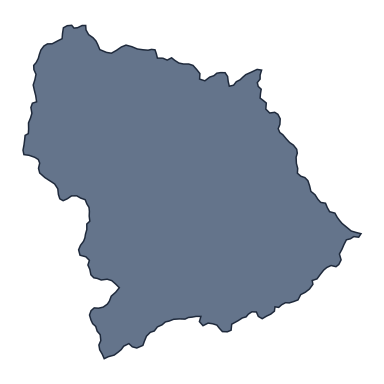 Lagoa Dourada, Minas Gerais, Brazil (orthographic projection)
{"feature_id": "56859067B55237530042730", "entity_name": "Lagoa Dourada", "entity_type": "district", "adm_level": 2, "iso_a3": "BRA", "parent_name": "Brazil", "parent_adm1": "Minas Gerais", "projection": "orthographic", "projection_center": [-44.076, -20.895], "detail": "fine", "context": "isolated", "style": "filled", "palette": "slate", "viewbox_px": 384, "rotation_deg": 0, "n_neighbors": 0, "source": "geoboundaries", "source_scale": "gbopen_adm2", "svg_char_len": 3143}
<svg xmlns="http://www.w3.org/2000/svg" viewBox="0 0 384 384"><path d="M361.0,233.7L355.9,232.4L351.2,231.0L347.0,227.5L342.0,223.4L339.5,220.4L337.2,217.3L334.9,213.1L329.6,211.7L327.3,207.6L325.5,203.2L320.7,202.4L317.9,199.3L315.0,194.7L310.9,191.4L309.6,185.8L307.9,180.7L304.9,177.6L300.8,176.2L297.4,173.2L297.7,168.4L296.4,163.5L296.1,157.2L297.3,153.2L296.7,149.3L293.4,145.1L289.6,142.5L286.2,138.8L282.8,134.7L279.8,132.5L278.2,128.7L279.9,124.4L280.2,118.8L277.9,114.3L274.7,112.3L269.7,113.0L265.8,109.1L266.3,103.0L263.5,100.7L260.1,98.1L260.5,93.5L261.2,89.2L258.2,86.4L257.3,82.6L260.1,79.1L260.1,75.0L261.6,70.1L257.1,69.4L251.2,72.2L245.8,74.6L242.9,77.1L240.1,79.8L236.3,81.7L233.6,85.2L229.3,86.2L228.2,81.5L227.6,76.5L225.1,72.7L220.6,72.6L216.8,73.2L213.9,75.7L209.7,77.1L204.9,80.8L199.6,79.1L199.9,73.6L196.6,69.4L193.0,65.4L188.7,64.0L183.4,64.0L178.8,63.0L174.8,60.4L171.6,57.8L167.2,60.1L162.9,58.2L157.4,58.1L156.3,53.6L155.0,49.8L151.5,49.4L148.1,50.2L143.3,49.8L137.4,49.0L131.9,46.7L126.0,45.1L121.3,47.0L116.4,50.4L111.4,53.2L106.5,52.4L99.8,49.6L97.6,44.3L95.9,40.9L93.1,37.8L88.6,34.6L86.0,29.9L85.7,25.5L82.1,25.5L77.6,27.7L74.0,28.1L71.7,25.3L67.2,25.7L63.4,27.8L62.5,33.6L62.1,38.7L58.0,40.7L52.1,43.8L47.4,43.9L43.9,46.0L40.9,50.0L39.4,54.3L38.3,58.4L36.2,62.5L33.7,65.4L33.9,69.6L36.0,74.3L34.9,79.7L33.2,85.0L34.3,90.1L35.7,95.6L36.6,101.8L32.4,103.2L30.9,107.5L31.9,113.3L30.5,118.0L28.5,122.9L28.6,129.2L28.3,133.6L25.1,135.4L24.7,139.3L24.0,144.8L23.0,150.2L23.9,154.6L29.0,155.3L34.7,157.3L38.3,159.5L39.7,163.1L38.5,168.3L39.7,173.0L44.9,177.6L50.0,180.9L54.6,183.9L57.8,188.8L58.4,194.5L59.8,198.8L63.1,200.7L67.3,198.8L71.5,195.9L76.7,195.8L80.7,198.1L85.2,199.7L86.9,204.0L89.0,207.4L89.4,211.3L89.2,216.1L89.8,221.2L86.8,224.0L86.8,229.6L85.5,234.1L84.9,237.8L83.6,241.2L80.5,245.3L78.6,249.8L80.0,255.2L85.9,256.8L89.4,260.4L87.9,265.0L89.8,269.3L90.9,274.8L93.8,277.8L97.2,278.4L101.2,280.0L107.2,279.2L111.7,280.6L115.5,283.9L119.3,287.7L115.7,292.2L111.2,296.2L109.4,301.1L107.4,304.1L103.2,307.1L98.5,308.2L94.2,307.9L91.1,310.6L89.5,315.0L91.0,320.1L92.7,323.7L95.7,326.4L97.2,331.2L100.2,334.7L100.8,340.6L98.9,345.0L99.7,349.8L102.3,354.3L104.2,358.7L108.3,356.7L114.2,355.1L118.1,352.2L121.2,349.6L123.7,346.2L128.9,343.6L132.3,346.8L136.8,348.0L142.9,345.4L144.4,341.2L146.5,336.1L150.3,332.3L154.3,331.0L157.4,326.9L162.1,324.8L165.4,321.9L169.0,321.1L173.6,319.3L179.6,318.9L185.0,319.1L188.4,317.5L192.2,317.1L196.0,316.4L200.9,316.4L199.4,321.6L203.0,325.7L208.1,323.1L212.8,323.8L216.9,325.1L219.4,328.3L222.4,331.6L227.4,331.8L231.1,330.2L231.7,324.2L238.1,320.7L242.4,317.9L246.1,316.9L248.3,314.2L251.9,311.8L256.4,312.0L258.3,316.4L262.2,318.7L266.6,316.1L270.8,314.1L274.4,311.2L275.0,306.8L278.7,307.4L281.6,304.8L285.5,302.7L289.3,302.9L293.8,301.5L298.0,299.9L300.7,294.6L305.4,292.2L309.5,289.0L312.9,284.3L312.2,280.5L317.0,278.9L320.3,274.4L323.7,270.1L326.8,267.5L331.1,265.5L336.0,266.7L338.8,264.5L341.1,259.9L339.4,254.0L342.0,249.2L343.9,244.7L346.4,239.8L350.4,238.8L353.8,236.6L358.7,237.2L361.0,233.7Z" fill="#64748b" stroke="#1e293b" stroke-width="1.5"/></svg>